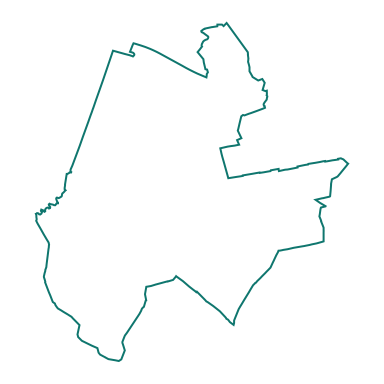 Galgauskas pag., Gulbene, Latvia (Albers equal-area conic projection)
{"feature_id": "27541924B87503038984023", "entity_name": "Galgauskas pag.", "entity_type": "district", "adm_level": 2, "iso_a3": "LVA", "parent_name": "Latvia", "parent_adm1": "Gulbene", "projection": "albers", "projection_center": [26.584, 57.171], "detail": "fine", "context": "isolated", "style": "outline", "palette": "teal", "viewbox_px": 384, "rotation_deg": 0, "n_neighbors": 0, "source": "geoboundaries", "source_scale": "gbopen_adm2", "svg_char_len": 5687}
<svg xmlns="http://www.w3.org/2000/svg" viewBox="0 0 384 384"><path d="M348.1,163.7L346.9,162.7L343.4,159.4L341.2,158.5L340.9,158.3L338.1,158.8L338.2,159.5L335.6,159.9L332.5,160.3L328.3,161.1L325.2,161.6L325.1,161.0L323.1,161.3L319.9,162.0L315.4,162.8L308.3,163.9L308.1,164.5L305.3,164.9L297.5,166.5L297.6,167.5L294.3,168.2L287.6,169.5L285.1,169.7L278.9,171.1L278.8,170.8L278.6,168.9L270.8,170.3L270.5,171.1L267.0,171.7L263.7,172.3L259.7,172.9L259.6,172.5L252.3,173.8L242.8,175.4L242.8,175.9L240.6,176.3L236.5,176.9L228.3,178.2L227.7,176.0L227.2,174.2L223.6,161.3L222.3,156.8L221.5,153.7L220.3,148.3L227.7,146.6L230.9,146.1L234.7,145.6L239.1,144.7L237.1,140.1L241.4,138.2L238.5,132.1L237.8,130.6L238.4,128.5L238.5,128.0L239.8,122.4L241.3,116.3L243.0,115.0L244.5,115.4L249.0,113.7L250.6,113.2L255.6,111.4L261.8,109.1L263.6,108.4L265.0,107.8L264.6,106.0L263.9,105.8L263.6,104.2L264.5,102.5L266.7,99.6L267.0,97.5L267.3,96.9L267.3,96.2L266.6,95.3L266.9,94.4L266.8,90.7L265.5,91.1L262.6,90.0L264.7,82.8L262.3,79.0L258.2,80.5L252.6,77.0L252.2,76.1L252.1,75.9L249.5,71.3L249.5,67.2L248.9,64.6L248.1,61.9L248.1,61.5L248.3,59.9L248.3,59.1L248.3,58.8L248.4,58.6L247.9,54.8L248.0,54.7L247.8,52.2L228.4,25.4L226.6,23.0L223.6,26.1L222.0,24.6L217.4,24.6L217.4,25.3L217.3,26.3L212.2,27.1L211.9,27.1L204.9,28.6L204.8,28.9L204.5,29.0L204.1,29.0L203.7,29.2L203.4,29.4L203.1,29.6L201.3,31.0L201.4,31.7L201.6,32.0L201.8,32.2L203.5,33.0L204.6,33.9L207.9,36.3L208.1,36.5L208.3,36.9L208.3,37.4L208.2,37.7L208.0,38.4L207.5,39.0L207.2,39.3L206.9,39.4L206.0,39.7L205.4,39.9L205.0,40.2L204.5,40.4L203.4,41.3L203.1,41.7L202.8,42.2L202.4,43.1L202.1,43.6L201.8,44.3L201.7,45.1L201.6,45.6L201.6,45.9L201.7,46.3L202.0,46.6L199.5,49.8L197.6,52.1L203.4,59.2L203.8,62.4L204.9,67.0L205.4,69.2L207.1,69.6L207.9,72.3L206.8,74.0L206.6,76.6L206.5,76.8L206.4,77.4L201.6,75.4L197.4,73.6L193.8,71.9L192.0,71.0L189.8,69.9L186.2,68.0L182.3,65.8L159.8,53.5L156.9,52.0L154.2,50.7L152.7,50.0L150.2,48.9L146.4,47.4L144.8,46.8L140.6,45.4L135.1,43.7L133.5,43.3L132.6,45.2L130.0,51.8L132.4,52.5L132.9,52.7L133.3,52.9L133.6,53.2L134.1,53.8L134.3,54.2L134.3,54.7L134.2,55.1L133.9,55.5L133.0,56.4L132.9,56.3L130.4,55.5L130.0,55.3L124.9,54.0L113.0,50.7L111.9,54.0L109.9,59.9L109.7,60.5L103.1,79.9L99.9,89.0L95.9,100.3L93.2,108.2L93.1,108.3L91.8,112.1L90.6,115.3L88.8,120.4L88.5,121.3L83.0,136.5L79.7,145.9L72.3,165.7L70.6,169.5L70.5,171.3L71.0,171.9L71.9,172.5L71.1,172.4L71.0,172.5L69.7,172.4L69.5,172.5L69.4,172.8L67.8,173.7L67.6,173.9L67.3,174.1L67.2,174.1L66.7,174.0L66.4,175.9L65.1,184.0L65.0,184.5L65.1,185.0L64.6,188.3L64.8,189.1L64.7,189.4L64.7,189.6L65.0,189.8L65.2,190.0L65.3,190.0L65.6,190.3L65.1,190.7L63.9,192.1L63.0,192.9L62.7,193.2L62.4,193.4L62.2,193.7L62.0,194.6L61.9,195.4L61.8,195.8L61.6,196.4L61.2,196.7L60.4,197.2L59.2,197.9L58.8,198.1L58.2,198.0L57.7,197.8L57.0,197.6L56.8,197.6L56.6,197.7L56.4,198.1L56.2,198.6L56.3,199.3L57.1,201.5L57.4,202.0L58.0,202.6L58.0,203.3L56.6,203.4L55.3,205.2L54.1,205.2L53.2,204.7L51.4,204.3L50.5,204.2L49.6,203.7L48.8,204.4L49.0,205.3L50.2,207.1L50.0,208.1L49.0,208.5L48.5,207.8L47.5,207.6L46.8,207.8L45.7,208.6L45.1,209.9L45.2,211.3L44.5,211.8L43.9,211.4L43.3,210.4L42.6,210.1L41.3,209.6L40.9,210.8L41.2,211.4L41.8,211.7L42.0,212.1L41.4,213.6L40.2,214.5L39.1,214.3L38.4,213.4L37.1,213.1L36.6,213.7L35.9,213.9L36.3,215.0L36.4,217.2L36.6,218.6L36.7,219.1L36.5,220.0L36.4,220.5L36.2,220.8L37.6,223.6L40.1,227.9L43.8,234.5L46.7,239.4L48.6,242.5L49.1,244.8L48.9,245.5L48.8,247.4L48.5,249.0L47.6,256.3L47.4,257.9L46.6,264.3L46.3,267.3L46.2,267.5L45.3,270.0L45.3,270.9L44.6,273.2L43.9,276.4L43.9,277.1L44.8,279.9L45.3,281.8L45.1,282.3L48.9,292.3L50.2,295.3L50.9,297.1L52.8,302.0L54.9,303.5L55.5,305.2L56.6,306.8L57.8,308.4L59.8,309.6L61.0,310.3L63.5,311.9L67.2,314.1L71.5,316.8L72.9,318.4L79.5,325.1L78.4,330.2L77.5,334.4L78.2,337.1L81.9,340.8L91.9,345.7L97.4,348.1L98.6,352.7L100.1,354.6L108.4,359.1L115.4,360.3L118.8,361.0L121.3,359.4L124.8,350.4L122.9,344.3L122.5,343.2L122.4,342.8L122.4,342.3L122.4,341.9L123.9,338.0L124.7,336.0L125.0,335.4L126.8,333.0L127.8,331.5L139.4,314.0L141.2,310.7L141.6,309.5L141.8,309.0L142.1,308.5L143.1,307.4L143.9,306.8L145.7,300.6L146.2,300.4L145.0,294.2L146.3,286.8L151.0,286.0L155.8,284.5L156.6,284.3L167.7,281.3L167.8,281.5L173.1,279.9L175.7,276.8L176.1,276.2L176.2,276.3L183.0,281.2L189.1,286.5L192.8,289.4L195.2,291.2L196.4,292.3L196.7,292.1L196.7,291.8L196.8,291.8L196.9,291.7L197.2,292.0L200.4,295.2L205.3,300.2L205.9,300.9L206.4,301.5L207.1,301.8L207.5,302.0L213.2,306.0L219.9,311.3L225.4,317.2L226.0,317.9L226.3,318.7L226.7,318.9L228.1,319.7L229.9,322.1L233.6,324.9L234.1,323.0L234.1,320.5L238.7,309.1L240.1,306.7L241.7,304.1L244.2,299.9L249.0,292.1L250.5,289.5L252.6,286.0L253.1,285.2L255.2,283.1L255.3,282.9L255.8,282.8L256.5,282.0L257.2,281.1L259.6,278.8L260.8,277.6L261.9,276.4L265.1,273.2L266.7,271.5L268.1,270.1L270.5,267.6L272.8,262.6L273.6,261.0L274.6,258.8L276.4,255.0L277.9,252.3L278.5,250.7L280.0,250.6L282.1,250.2L283.3,249.9L287.7,249.2L293.7,247.8L302.5,246.3L303.9,246.1L305.8,245.7L309.4,245.0L311.7,244.4L316.6,243.4L322.3,241.8L323.6,241.4L323.6,240.9L323.6,239.6L323.6,237.5L323.6,233.2L323.6,231.5L323.7,231.0L323.6,230.6L323.6,227.7L323.0,226.1L321.4,222.1L321.3,221.5L321.1,221.4L321.1,221.0L321.1,220.8L320.8,219.9L320.2,218.4L319.4,216.4L319.8,214.2L320.5,209.1L320.9,207.6L321.0,207.5L325.5,206.4L325.6,206.2L320.2,203.0L315.6,199.8L322.0,198.3L322.6,198.2L323.0,198.2L325.4,197.6L328.5,196.9L329.7,196.6L329.9,196.4L330.1,196.2L330.6,191.1L331.1,184.5L331.0,184.2L331.9,179.3L335.5,177.6L336.8,177.0L337.7,176.4L340.7,172.9L340.9,172.6L346.3,166.0L348.0,163.8L348.1,163.7Z" fill="none" stroke="#0f766e" stroke-width="2"/></svg>